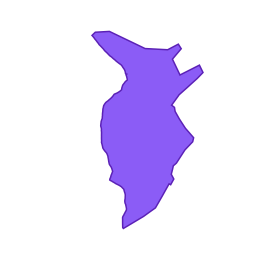 the district of Ravine Chabot, Castries, Saint Lucia, rotated 20°
{"feature_id": "8701671B75024298551322", "entity_name": "Ravine Chabot", "entity_type": "district", "adm_level": 2, "iso_a3": "LCA", "parent_name": "Saint Lucia", "parent_adm1": "Castries", "projection": "albers", "projection_center": [-60.977, 14.0], "detail": "fine", "context": "isolated", "style": "filled", "palette": "violet", "viewbox_px": 256, "rotation_deg": 20, "n_neighbors": 0, "source": "geoboundaries", "source_scale": "gbopen_adm2", "svg_char_len": 3246}
<svg xmlns="http://www.w3.org/2000/svg" viewBox="0 0 256 256"><g transform="rotate(20 128 128)"><path d="M187.5,166.7L188.5,160.3L185.4,157.5L184.5,156.7L184.0,151.7L183.5,148.0L184.7,145.9L185.5,144.4L189.0,129.1L193.5,118.8L193.0,114.7L191.4,113.8L182.0,108.6L176.4,104.4L173.1,101.9L166.6,96.3L164.6,92.7L161.7,91.8L161.2,91.7L161.3,91.2L164.4,80.3L164.6,79.4L169.6,70.1L172.7,64.2L176.1,57.8L179.5,50.2L176.9,47.7L173.6,44.5L167.8,50.7L158.7,60.4L146.2,48.1L150.9,35.3L146.6,32.0L138.5,40.9L116.9,47.5L77.5,43.6L64.5,49.2L62.5,53.3L62.9,53.5L63.4,53.8L65.2,54.8L65.9,55.4L67.1,56.1L68.0,56.6L70.1,58.0L71.3,58.7L72.3,59.5L73.9,60.2L74.7,60.6L76.5,61.5L78.1,62.3L79.2,63.1L80.2,63.6L81.4,64.1L82.8,64.7L83.8,65.2L85.0,65.8L86.3,66.4L87.5,66.7L88.5,67.0L89.6,67.5L90.9,68.0L92.2,68.4L93.3,68.9L94.6,69.4L95.6,69.7L97.1,70.2L98.4,70.6L99.3,70.8L100.5,71.3L101.5,72.0L102.5,72.8L103.5,73.5L104.5,74.2L105.6,75.3L106.3,76.4L106.8,77.1L107.6,78.1L108.4,79.3L109.2,80.2L109.8,81.2L110.7,82.5L110.8,83.4L109.9,84.8L109.5,85.7L109.3,86.6L108.9,87.8L108.4,89.4L108.4,90.5L108.5,91.7L108.5,92.6L108.9,94.2L108.3,95.4L107.7,96.4L106.8,97.6L105.9,98.7L105.0,99.6L104.3,100.2L103.5,101.0L103.0,102.8L102.6,104.0L102.2,104.9L101.4,106.6L101.0,107.2L100.4,108.3L99.9,109.3L99.2,110.3L99.1,110.5L98.4,111.6L98.2,112.3L98.0,112.9L97.8,113.7L97.6,114.8L97.5,115.1L97.6,116.2L97.8,117.4L97.9,118.1L97.9,118.7L98.1,119.3L98.4,120.3L98.6,121.0L98.7,121.4L99.0,122.8L99.3,123.8L99.8,125.2L99.9,125.7L100.0,126.2L100.3,127.1L100.5,127.5L100.5,128.5L100.5,128.8L100.5,130.2L100.6,131.4L101.0,132.7L101.0,132.9L101.2,133.7L101.6,135.3L101.8,135.6L102.2,136.2L103.0,137.3L103.5,138.3L103.9,139.7L104.1,140.1L104.4,140.6L104.9,141.9L105.3,143.1L105.8,144.5L106.2,145.5L106.5,146.5L106.7,146.9L107.0,147.7L107.3,148.5L107.6,149.0L107.8,149.8L107.9,150.4L108.2,150.8L108.6,151.4L109.3,152.4L110.3,153.9L110.8,154.8L111.4,155.6L112.3,156.3L112.7,156.6L113.7,157.3L114.4,157.7L114.7,157.9L115.7,158.4L116.6,159.0L116.9,159.3L117.4,159.8L118.6,161.2L118.8,161.5L119.2,162.1L119.4,162.7L119.8,163.2L120.5,164.5L120.8,165.0L121.1,165.6L121.4,166.2L121.7,166.6L122.3,167.6L122.7,168.2L122.9,168.5L123.4,168.9L124.1,169.4L124.9,170.0L125.8,170.7L126.9,172.0L127.5,172.8L127.8,173.2L128.4,174.0L128.4,174.5L128.4,174.9L128.4,176.9L128.3,178.1L128.4,179.2L128.5,180.5L128.4,182.1L128.6,183.1L129.6,183.4L130.3,183.4L130.6,183.4L131.9,183.8L132.5,183.8L132.9,183.9L134.4,184.2L135.7,184.5L136.8,184.6L137.8,184.7L139.4,184.9L140.4,185.1L141.0,185.3L141.7,185.4L142.9,186.0L143.3,186.2L143.9,186.5L145.0,187.0L145.8,188.2L146.5,189.2L147.1,189.9L147.5,190.4L147.8,191.0L148.1,191.3L148.5,192.3L148.9,193.6L149.4,195.1L149.6,196.1L149.7,196.8L149.9,197.4L150.3,198.5L151.1,199.8L152.1,200.8L152.2,201.1L152.6,201.7L153.2,202.7L154.0,204.0L154.4,205.1L154.5,205.7L154.5,206.1L154.3,207.2L154.1,208.9L154.0,209.5L153.9,210.1L153.8,211.4L153.7,211.9L153.5,212.6L153.5,213.0L153.5,213.9L153.9,215.0L154.0,215.3L154.3,216.0L154.9,217.7L155.6,219.6L156.5,221.9L157.1,223.4L158.0,224.0L167.7,212.1L172.9,205.7L176.9,199.8L181.1,193.7L183.4,180.6L185.7,166.4L187.1,166.6L187.5,166.7ZM107.6,78.1L108.4,77.9L108.3,78.7L107.6,78.1Z" fill="#8b5cf6" stroke="#5b21b6" stroke-width="1.5"/></g></svg>